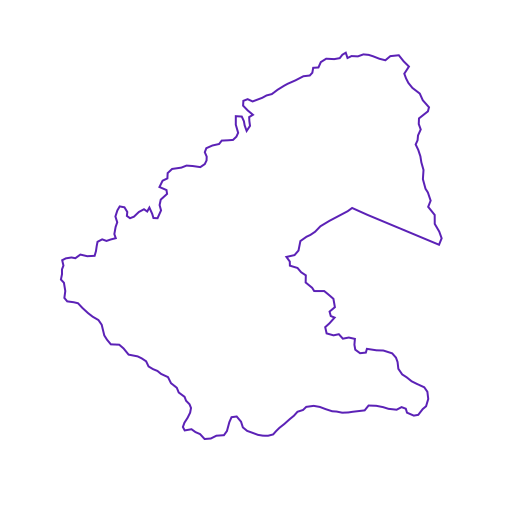 the district of Varjão, Goiás, Brazil, rotated 80°
{"feature_id": "56859067B20794706091127", "entity_name": "Varjão", "entity_type": "district", "adm_level": 2, "iso_a3": "BRA", "parent_name": "Brazil", "parent_adm1": "Goiás", "projection": "mercator", "projection_center": [-49.607, -17.086], "detail": "fine", "context": "isolated", "style": "outline", "palette": "violet", "viewbox_px": 512, "rotation_deg": 80, "n_neighbors": 0, "source": "geoboundaries", "source_scale": "gbopen_adm2", "svg_char_len": 3391}
<svg xmlns="http://www.w3.org/2000/svg" viewBox="0 0 512 512"><g transform="rotate(80 256 256)"><path d="M426.7,111.2L419.5,110.8L414.5,113.1L410.1,119.5L406.4,124.5L401.6,128.7L398.0,132.6L391.8,135.4L385.0,135.0L380.4,135.8L375.5,138.8L371.2,147.0L369.8,153.7L366.7,162.9L370.2,164.6L369.8,170.4L365.5,174.5L360.5,174.5L354.8,173.0L352.4,178.8L352.5,184.8L347.4,188.0L347.6,193.4L344.5,199.9L338.1,200.2L335.1,195.4L330.3,189.3L328.1,192.8L323.5,193.2L320.1,187.2L311.6,187.2L306.1,191.7L302.4,194.9L300.6,204.8L297.1,206.2L290.7,211.7L283.7,210.3L279.8,214.4L275.0,217.2L271.4,224.3L267.3,223.7L262.2,226.2L261.8,217.9L258.0,213.2L249.0,209.7L245.8,202.9L244.7,198.8L242.4,193.6L237.9,187.4L234.1,177.5L227.8,157.9L225.4,153.0L234.9,139.0L276.7,73.8L270.8,70.1L263.8,71.3L255.4,74.4L246.6,72.9L237.5,77.9L231.8,74.4L223.3,75.7L219.2,77.4L209.3,78.3L200.4,76.1L192.5,76.9L186.4,76.8L179.6,77.8L173.9,79.4L170.1,76.8L165.4,75.5L160.0,71.8L154.3,72.8L148.8,71.6L143.4,61.6L139.6,59.8L131.6,64.7L124.5,66.5L117.6,72.8L112.0,75.9L107.1,77.4L102.2,78.3L96.0,72.5L89.9,76.8L83.1,80.5L82.5,89.0L85.7,94.6L83.2,100.2L79.6,106.1L77.5,110.1L76.1,115.2L77.1,121.0L75.7,127.2L76.9,131.5L71.4,132.3L72.8,136.0L75.7,139.2L75.7,144.8L73.9,152.6L76.3,158.5L81.2,161.8L80.6,167.0L85.3,168.7L87.6,171.7L87.2,178.1L89.9,186.7L91.9,194.9L93.1,198.5L96.0,205.8L99.3,212.3L99.7,217.7L101.3,222.4L103.2,232.5L100.1,237.0L101.0,241.5L105.7,242.6L111.2,238.9L116.4,234.5L118.0,238.6L121.9,239.1L126.8,239.3L131.2,243.5L125.4,244.5L121.2,244.5L116.2,245.8L114.8,251.6L123.2,253.1L131.6,252.2L135.1,254.6L137.7,258.5L137.2,263.4L136.4,269.7L139.3,272.9L139.6,279.7L141.2,286.2L144.9,288.4L149.6,287.3L153.3,288.1L156.6,290.5L158.8,295.4L156.4,302.7L154.9,308.7L156.0,314.2L155.7,323.5L159.0,328.6L164.2,329.8L165.6,334.9L171.3,339.1L175.5,332.7L179.4,332.8L183.9,340.0L189.1,342.1L194.6,341.6L201.7,346.4L200.8,350.4L196.5,350.9L189.8,352.6L193.3,355.4L190.5,358.2L192.3,363.7L196.1,369.4L196.9,373.5L194.1,376.2L190.3,375.1L185.2,377.1L183.5,381.6L187.0,384.6L192.7,387.6L198.7,386.8L203.0,389.2L209.8,391.7L214.1,391.0L214.5,396.2L215.2,400.6L212.9,404.6L214.5,409.6L218.4,411.1L223.5,412.8L227.8,414.9L226.9,422.2L224.1,428.7L226.8,434.3L225.4,438.0L225.3,443.7L226.5,447.6L232.0,447.3L235.5,449.4L240.2,450.2L245.3,452.2L249.0,449.8L257.4,449.9L264.0,452.0L267.9,449.8L269.9,443.5L271.6,439.5L277.1,435.9L283.1,431.3L287.4,427.4L291.7,422.3L296.9,419.9L307.9,419.2L312.5,417.3L317.8,414.3L319.6,406.1L324.0,402.5L331.0,398.6L334.3,390.0L336.9,386.4L340.6,382.5L346.1,381.0L349.5,377.1L352.1,373.0L355.6,370.0L360.0,363.7L366.5,361.8L372.0,356.9L377.0,355.8L382.3,350.8L386.4,350.0L390.5,347.2L394.4,346.4L398.9,348.1L403.5,351.5L407.7,355.4L411.7,357.7L415.4,356.5L415.4,349.6L418.9,346.2L421.7,342.0L427.3,338.4L427.9,332.2L426.1,326.2L426.9,318.7L423.3,315.0L415.0,311.1L410.5,308.1L410.7,302.9L416.6,299.5L422.5,298.7L426.7,295.1L429.2,290.7L432.5,285.1L434.2,280.2L435.1,275.2L434.7,270.1L432.0,266.7L429.3,262.8L426.3,257.2L422.4,250.9L419.9,246.4L416.6,242.2L415.8,236.4L413.3,232.7L413.6,225.2L415.7,219.4L418.9,214.0L422.1,208.0L423.2,203.6L425.3,198.3L426.1,192.3L426.2,187.8L426.9,175.8L422.8,171.1L424.4,163.6L426.9,157.1L429.5,152.1L431.8,144.2L430.1,138.9L432.4,135.0L436.5,134.5L440.6,128.3L440.6,123.8L435.7,118.4L433.5,114.6L426.7,111.2Z" fill="none" stroke="#5b21b6" stroke-width="2"/></g></svg>